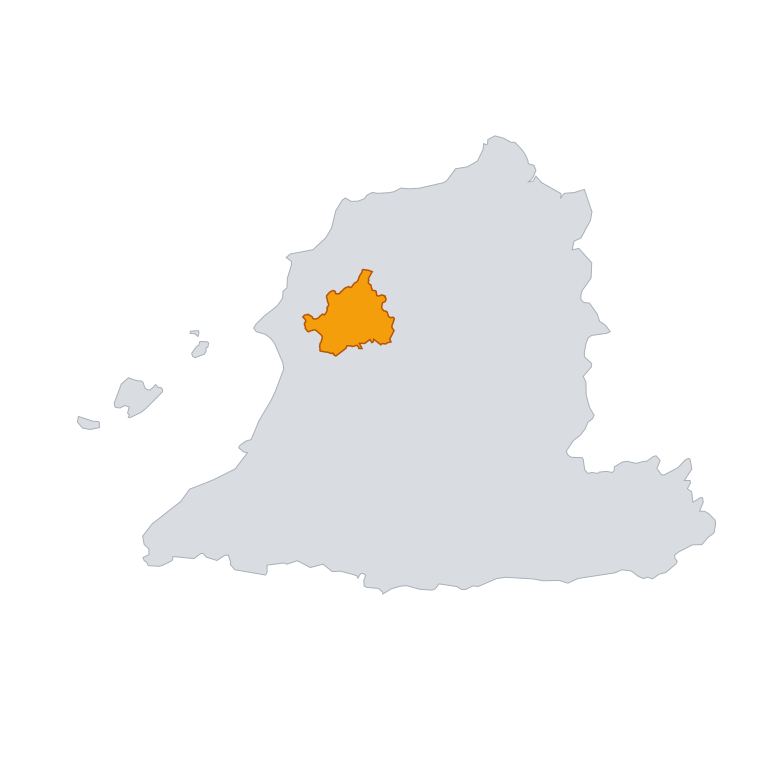 where Albacete sits in Spain, rotated 172°
{"feature_id": "ESP-5802", "entity_name": "Albacete", "entity_type": "Autonomous Community", "adm_level": 1, "iso_a3": "ESP", "parent_name": "Spain", "parent_adm1": "", "projection": "mercator", "projection_center": [-1.774, 38.723], "detail": "fine", "context": "in_parent", "style": "filled", "palette": "amber", "viewbox_px": 768, "rotation_deg": 172, "n_neighbors": 0, "source": "natural_earth", "source_scale": "10m", "svg_char_len": 7405}
<svg xmlns="http://www.w3.org/2000/svg" viewBox="0 0 768 768"><g transform="rotate(172 384 384)"><path d="M414.4,176.2L414.4,178.3L418.1,182.4L429.1,184.9L431.8,186.6L431.3,192.3L428.7,197.2L431.0,199.3L433.7,199.3L436.9,195.3L437.6,197.9L442.6,200.3L453.6,204.8L461.4,205.4L469.4,214.1L482.5,212.5L494.3,221.0L505.3,219.1L507.8,220.7L525.0,220.9L525.9,214.0L527.9,211.3L557.7,220.9L561.3,226.7L560.7,229.7L562.2,236.5L566.1,236.3L573.9,232.5L584.0,237.2L586.7,241.4L588.8,241.7L596.5,237.6L617.0,242.5L617.9,239.3L619.3,238.3L628.0,235.4L631.6,234.7L642.6,236.9L643.9,240.8L646.0,242.3L646.9,245.7L640.5,247.7L639.8,253.5L643.8,258.4L644.2,266.9L633.1,277.7L601.5,296.1L591.1,306.9L567.6,312.5L543.2,320.6L528.7,335.0L532.4,336.2L536.8,341.1L535.3,343.2L529.0,346.6L523.3,347.5L512.7,365.3L498.1,383.5L492.7,391.7L481.2,412.8L481.2,418.8L486.8,439.7L490.1,445.2L494.6,449.7L503.2,453.6L505.3,457.5L502.4,461.1L493.8,467.6L478.8,476.3L472.4,483.2L471.1,489.8L466.7,492.8L465.0,502.1L459.0,514.9L458.6,518.3L463.3,522.9L458.7,525.8L435.6,526.9L421.3,536.9L414.2,545.8L407.7,562.2L399.9,571.8L396.4,573.6L391.1,569.4L384.3,568.7L377.8,570.1L374.4,573.5L369.1,575.3L363.9,573.7L352.6,572.8L347.6,573.0L339.7,575.7L333.0,573.9L321.7,573.0L297.1,575.1L294.0,576.2L283.1,587.2L271.2,587.4L260.4,591.8L253.2,602.5L251.8,608.2L249.7,606.8L248.0,607.3L247.1,611.6L239.7,614.3L231.4,610.8L224.4,605.5L220.8,605.2L214.9,596.9L212.3,591.7L210.5,586.0L210.4,582.0L205.1,579.7L203.8,574.5L207.7,567.7L212.8,564.0L208.0,564.3L204.6,568.7L200.2,561.7L182.3,548.0L183.3,543.1L180.3,546.8L178.2,547.7L169.1,547.1L158.5,548.8L154.1,525.5L156.8,517.3L168.6,501.2L176.0,499.0L179.0,490.7L172.2,491.1L161.4,475.1L164.2,460.1L174.9,448.8L176.8,444.2L177.1,440.1L175.1,437.1L169.2,435.4L163.1,423.5L161.8,416.0L156.8,411.8L152.6,404.4L156.3,403.2L171.7,403.2L175.4,401.3L178.2,396.3L181.1,388.0L181.8,383.0L175.8,375.8L175.6,374.3L176.4,371.9L185.7,363.8L183.8,357.8L185.3,345.2L184.5,337.7L183.5,331.7L180.3,323.8L182.4,320.6L187.3,317.8L191.2,311.4L196.8,305.9L204.3,301.6L212.9,292.1L211.6,287.8L208.6,285.3L197.9,283.5L197.2,281.6L197.2,271.2L194.4,267.0L190.6,267.5L184.7,265.7L183.2,266.8L175.7,266.5L170.3,264.6L168.1,266.2L167.5,269.9L158.6,273.6L153.7,273.5L145.5,270.3L136.2,271.4L135.1,270.6L127.2,274.8L124.5,275.0L121.2,269.8L125.5,262.3L121.7,255.3L119.3,255.0L104.6,260.2L96.0,267.1L92.6,267.9L91.4,266.7L91.0,257.0L100.0,246.6L94.3,245.9L94.5,242.9L98.2,238.1L94.4,234.5L94.5,224.0L86.4,227.4L84.4,226.9L84.3,222.6L89.2,214.2L84.0,213.2L80.1,210.0L75.1,203.1L75.1,199.4L77.8,190.8L84.8,186.7L91.6,180.7L101.1,181.8L115.3,176.8L120.1,174.1L120.0,170.5L118.3,167.8L119.8,165.3L131.2,158.1L138.2,157.3L145.2,153.7L149.9,156.0L154.1,155.2L158.8,158.0L165.1,164.4L174.3,166.9L181.6,164.9L219.0,164.4L229.6,161.2L237.9,165.1L253.8,167.0L263.4,170.2L290.0,175.6L299.5,175.7L318.9,170.4L324.1,171.7L331.8,169.1L335.5,169.6L340.3,173.4L357.3,178.4L361.8,174.1L365.1,173.2L377.3,175.8L389.6,181.1L396.0,181.5L405.4,180.1L414.4,176.2ZM639.5,396.8L643.9,398.7L648.5,397.0L651.0,397.5L653.4,398.5L654.0,402.2L644.1,420.6L636.2,425.7L628.4,421.7L623.8,420.7L622.4,419.2L621.3,413.3L619.3,411.4L616.2,410.6L610.1,415.2L608.2,412.1L605.3,411.5L604.2,409.7L604.3,407.2L623.1,392.9L628.6,389.7L640.2,386.0L641.9,386.6L640.4,388.8L642.0,390.8L639.5,396.8ZM692.9,389.2L691.1,394.4L677.0,387.5L672.4,386.7L671.3,385.7L671.8,380.5L681.2,379.8L688.8,382.4L692.9,389.2ZM562.0,448.1L560.4,451.7L553.5,450.5L551.9,449.0L553.4,444.9L555.4,444.4L555.5,441.5L557.6,438.6L567.5,436.3L569.7,438.2L570.2,441.1L564.3,447.3L562.0,448.1ZM568.8,462.6L567.8,463.3L560.2,462.6L560.1,460.3L561.6,456.9L564.4,460.2L568.8,460.8L568.8,462.6Z" fill="#d9dde1" stroke="#a8b0b8" stroke-width="1"/><path d="M449.6,463.6L447.0,461.6L445.8,460.5L445.6,460.1L445.5,459.7L445.4,459.3L445.4,458.9L445.1,458.6L444.7,458.4L443.1,457.9L442.6,457.8L439.9,458.5L439.5,458.7L439.0,459.1L437.9,460.2L435.3,461.7L434.8,461.7L434.5,461.5L434.3,461.1L434.0,460.8L433.6,460.8L433.0,461.1L432.2,461.8L430.8,463.5L430.0,465.1L429.9,466.0L429.9,466.5L429.9,467.4L429.7,467.8L429.4,468.2L428.9,468.5L428.5,468.9L427.9,469.9L427.8,470.2L427.7,470.6L427.7,470.9L427.8,471.2L427.9,471.5L428.0,471.8L428.2,472.6L428.4,473.5L428.5,475.4L428.5,476.3L428.8,477.7L428.8,478.2L428.7,478.7L428.6,479.1L428.4,479.5L428.0,480.0L424.7,482.7L422.0,483.6L421.6,483.6L421.1,483.5L420.7,483.4L420.1,483.1L419.9,482.9L419.7,482.7L419.5,482.4L419.4,482.1L419.3,481.8L419.4,481.5L419.5,481.2L419.5,480.9L419.4,480.6L419.3,480.4L419.1,480.1L418.8,480.0L418.5,479.9L417.8,480.1L417.5,479.9L417.0,479.6L416.7,479.5L416.4,479.6L415.9,479.7L415.6,479.9L415.3,480.2L414.7,480.3L414.4,480.4L414.4,480.7L414.3,481.1L411.9,482.5L410.2,483.9L409.1,484.5L408.3,484.7L406.9,485.0L405.7,485.4L405.3,485.4L405.0,485.3L404.3,484.5L403.9,484.3L403.5,484.2L403.0,484.3L402.3,484.8L401.1,486.2L399.2,488.0L398.6,488.3L397.7,488.5L397.2,488.6L396.6,489.0L395.3,490.3L394.9,491.0L393.6,493.7L392.2,495.6L390.4,497.6L390.2,498.0L389.5,500.1L389.0,500.2L388.5,500.2L383.7,498.8L380.0,496.9L380.5,496.2L381.2,495.5L381.5,495.1L381.9,494.4L384.7,490.7L384.8,490.2L384.7,489.7L384.5,489.0L384.5,488.7L384.9,488.4L385.0,488.1L385.2,487.8L385.2,487.4L385.3,487.0L385.4,486.6L385.4,486.2L385.3,485.8L384.9,485.2L383.5,484.3L383.2,483.8L383.1,483.2L383.1,482.7L383.1,481.8L383.0,480.9L382.8,480.5L382.8,480.1L382.7,479.6L382.8,478.8L382.7,478.5L379.6,477.6L379.1,477.1L378.9,476.8L378.8,476.4L378.8,476.0L379.0,475.6L379.0,474.8L378.9,474.4L378.8,473.5L378.9,472.8L378.9,472.7L378.4,472.3L377.7,472.0L376.4,472.0L375.7,472.1L375.1,472.2L374.2,472.6L372.2,471.8L370.5,470.7L370.9,469.9L370.1,468.3L370.7,466.4L371.1,465.8L371.8,465.3L374.0,464.7L374.5,463.9L375.6,460.5L375.6,459.4L375.3,458.5L373.9,456.4L371.6,455.7L370.8,454.4L370.2,450.4L368.5,448.8L366.3,448.9L365.3,448.5L364.8,447.4L364.9,446.6L368.2,440.2L368.2,439.4L368.1,438.4L366.6,435.5L372.1,427.6L371.2,424.7L374.8,424.4L376.8,423.4L379.1,424.1L380.8,424.1L381.7,423.3L387.9,429.7L389.1,427.0L390.3,426.7L391.8,430.0L397.3,426.9L402.7,427.7L400.8,422.2L404.0,422.7L403.7,423.5L405.4,426.1L410.1,425.5L412.0,426.5L415.5,426.9L416.9,424.5L427.7,418.5L428.4,418.7L428.5,418.9L428.6,419.3L428.8,419.5L429.2,419.6L429.2,419.8L429.4,420.0L429.8,420.2L429.9,420.4L430.0,420.7L430.1,421.0L430.1,421.4L430.2,421.8L430.5,421.8L431.1,421.8L431.4,421.7L431.6,421.6L432.0,421.6L433.0,421.9L435.1,423.3L435.6,423.5L435.9,423.5L436.4,423.5L442.5,425.5L442.8,426.0L442.8,426.4L442.6,426.9L442.5,427.3L442.4,428.2L442.5,428.7L442.5,429.1L442.5,429.5L442.4,430.4L442.3,430.8L442.2,431.2L442.1,431.5L441.9,432.1L441.8,432.5L441.4,433.4L441.1,433.7L440.8,434.0L440.2,434.7L440.0,435.1L439.8,436.0L439.6,436.5L439.1,437.3L438.9,437.7L438.9,438.1L438.7,438.5L438.6,439.0L438.7,439.6L438.9,440.6L439.2,441.1L443.7,446.4L444.4,447.0L445.1,447.3L446.3,447.3L447.6,447.0L448.8,447.0L449.7,446.8L450.4,446.4L450.6,446.3L451.0,446.2L451.4,446.3L451.9,446.5L452.4,446.9L453.9,449.5L454.2,450.0L454.1,450.5L453.9,451.4L453.9,451.8L454.5,453.6L454.6,453.9L454.4,454.3L454.3,454.6L454.2,455.6L453.7,455.9L453.3,456.3L452.9,456.4L452.7,456.8L452.7,457.3L452.9,458.4L453.2,459.1L453.6,459.7L453.9,460.0L454.4,460.8L454.7,461.1L455.0,461.6L455.0,461.8L454.8,462.0L453.3,463.0L452.5,463.3L451.6,463.5L450.5,463.4L450.3,463.4L449.6,463.6Z" fill="#f59e0b" stroke="#b45309" stroke-width="1.5"/></g></svg>